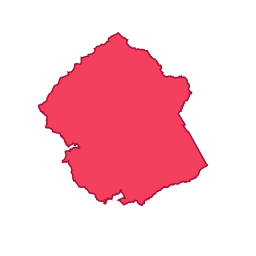 the district of Trancas, Tucumán, Argentina, rotated 45°
{"feature_id": "61730980B98032525509739", "entity_name": "Trancas", "entity_type": "district", "adm_level": 2, "iso_a3": "ARG", "parent_name": "Argentina", "parent_adm1": "Tucumán", "projection": "orthographic", "projection_center": [-65.459, -26.341], "detail": "fine", "context": "isolated", "style": "filled", "palette": "rose", "viewbox_px": 256, "rotation_deg": 45, "n_neighbors": 0, "source": "geoboundaries", "source_scale": "gbopen_adm2", "svg_char_len": 5842}
<svg xmlns="http://www.w3.org/2000/svg" viewBox="0 0 256 256"><g transform="rotate(45 128 128)"><path d="M210.7,111.2L208.8,107.4L208.7,105.5L209.5,101.8L210.5,99.1L210.3,98.1L209.1,98.2L173.3,87.9L172.9,88.5L165.1,87.2L166.2,85.4L153.9,82.4L153.0,80.9L152.8,79.9L153.6,78.7L153.4,78.0L152.1,77.4L152.0,76.5L152.5,75.8L150.9,74.6L150.7,74.2L151.4,73.4L151.3,73.0L150.3,71.7L150.4,70.7L149.5,70.5L149.3,70.1L149.3,68.2L150.3,66.8L150.3,66.1L148.5,61.5L147.2,60.5L147.3,59.9L148.1,59.5L148.4,58.9L148.1,58.1L147.6,57.8L147.2,57.9L145.8,58.9L144.9,58.0L143.9,58.3L143.2,57.7L141.9,55.0L139.8,53.8L139.3,53.9L139.1,54.4L138.9,54.5L136.7,53.2L136.2,52.4L133.4,52.1L132.8,51.8L131.2,52.9L130.9,53.9L130.5,54.2L129.4,53.5L128.9,53.6L129.0,54.5L127.8,55.2L128.1,56.1L127.7,56.4L126.3,59.0L124.7,60.0L123.6,59.8L122.6,61.0L121.5,61.0L121.1,61.9L120.0,62.8L119.5,64.1L117.5,65.4L114.5,65.7L113.6,65.1L113.7,64.2L111.2,64.5L109.3,63.8L109.6,62.4L108.8,61.5L108.1,61.5L107.6,60.7L106.7,60.5L105.7,61.5L104.6,61.8L104.0,61.1L102.1,61.2L101.8,60.6L101.4,60.8L100.7,60.4L98.1,60.3L96.3,61.3L95.3,61.2L94.0,61.8L93.8,61.3L93.2,61.7L92.4,61.2L91.6,61.2L91.5,60.7L90.9,61.0L90.0,60.4L89.1,60.5L87.6,59.7L87.2,59.9L86.8,59.7L86.1,60.7L85.2,61.4L84.2,61.3L83.8,61.9L82.5,62.3L82.3,63.1L79.4,64.9L79.2,65.5L78.6,65.8L78.1,66.9L76.1,66.6L74.7,68.6L73.2,68.7L71.8,69.3L69.3,69.0L67.8,69.3L66.5,68.3L66.2,67.4L65.5,66.9L65.4,66.0L64.1,66.7L62.9,66.6L62.2,66.9L61.7,66.6L61.4,67.2L59.5,67.7L53.7,67.7L53.4,70.1L52.3,72.5L52.0,74.0L51.4,74.8L51.4,76.3L50.9,78.2L51.0,78.6L52.8,80.5L52.0,81.9L52.3,83.1L52.1,86.2L50.2,87.3L50.0,90.4L48.6,91.8L48.4,92.4L48.6,94.5L48.2,95.8L49.4,96.0L50.1,96.8L50.5,98.4L50.3,100.8L50.0,101.6L49.0,102.5L48.0,104.3L48.7,105.0L49.0,105.7L47.3,107.9L46.2,110.6L45.1,111.2L48.4,114.4L49.2,115.8L49.2,116.6L45.8,119.3L45.4,120.3L45.5,120.8L46.0,121.0L48.0,124.6L48.4,127.4L48.0,128.8L47.2,129.8L46.9,130.9L46.3,131.1L48.4,132.1L46.1,138.2L45.1,139.3L44.9,140.3L45.1,141.4L47.7,146.5L46.2,150.0L46.3,151.0L48.5,156.2L48.7,158.1L48.4,160.8L49.2,162.2L49.8,164.2L51.2,166.2L50.8,168.8L50.4,169.6L50.7,171.6L49.6,173.0L48.9,175.3L50.5,176.5L51.1,176.5L51.8,177.0L52.4,177.0L54.4,178.0L54.6,177.6L55.4,177.4L55.7,177.7L56.6,176.9L56.9,177.1L56.7,177.3L56.9,177.5L58.1,177.7L58.6,177.2L59.7,177.6L61.4,177.0L62.9,177.3L64.3,178.5L64.3,179.3L65.0,180.4L66.2,180.5L67.0,181.8L67.5,181.9L68.1,183.6L68.8,184.4L68.8,185.4L70.0,185.6L71.0,184.8L71.5,183.6L72.8,183.6L73.3,183.2L75.4,182.7L76.8,183.1L77.2,183.8L77.6,183.9L78.2,183.1L79.5,182.9L79.8,182.1L81.0,181.9L81.9,181.0L83.5,180.2L84.9,180.1L85.8,180.8L86.6,180.3L87.1,180.7L87.0,181.1L87.7,180.9L87.9,181.2L88.8,180.6L89.5,181.2L91.1,181.0L92.2,181.9L92.7,181.9L92.8,182.4L94.5,182.0L94.9,182.5L94.8,182.8L95.5,182.8L95.7,183.2L96.2,183.2L96.4,183.6L97.3,182.8L98.2,183.2L98.6,183.6L99.1,183.4L99.4,182.4L99.1,181.7L99.3,181.0L100.1,179.1L99.8,177.6L100.0,177.2L101.4,177.2L101.7,177.5L102.1,177.4L102.3,177.9L102.6,177.4L102.0,176.7L102.9,177.1L102.5,176.3L102.9,176.1L102.8,175.7L103.3,175.2L104.5,175.4L104.8,175.1L105.6,175.8L106.2,175.9L106.4,176.3L107.5,175.9L107.5,176.3L106.7,176.6L107.3,177.1L107.2,177.3L105.9,177.7L103.2,180.9L103.2,183.1L102.2,183.4L102.2,184.3L103.2,184.7L103.7,185.4L103.0,185.5L102.7,186.1L101.8,186.4L100.3,188.6L100.4,189.0L101.5,189.8L101.7,190.1L102.8,190.4L104.2,192.0L105.1,194.3L105.3,196.2L104.8,197.2L105.7,198.5L106.3,198.3L106.7,197.2L107.9,196.4L108.8,195.0L109.2,193.6L109.7,194.3L112.8,195.6L113.4,195.8L114.6,195.5L115.5,195.8L118.4,197.8L118.8,198.4L119.0,199.5L122.4,200.1L122.7,200.8L125.1,203.0L126.0,203.0L127.1,203.7L127.4,203.7L127.4,203.1L127.8,202.6L128.3,202.5L130.3,203.4L130.9,203.1L135.1,204.2L135.9,203.2L136.7,203.1L137.6,202.2L138.0,201.3L138.7,200.7L139.3,200.9L140.1,200.4L141.4,200.8L142.4,200.2L143.5,200.6L144.3,200.4L145.5,201.0L146.8,201.0L148.0,200.4L149.8,198.9L152.0,198.3L153.1,198.9L153.5,199.7L154.8,199.7L156.6,200.6L157.2,200.1L158.9,200.1L159.4,199.5L160.6,199.0L160.7,198.5L161.5,198.3L162.4,197.0L163.8,197.4L163.7,197.2L164.3,198.2L165.2,198.0L165.6,197.3L165.0,197.1L165.3,196.9L164.8,196.5L165.0,196.4L164.8,195.8L164.4,195.8L164.7,195.3L164.4,195.0L163.5,195.0L164.0,194.7L163.6,194.4L164.0,194.3L163.8,193.5L164.1,193.2L163.8,192.6L163.4,192.8L163.3,192.4L163.6,191.5L163.9,191.5L164.5,192.0L164.7,191.3L165.9,190.8L166.0,190.2L166.4,190.0L166.1,189.9L166.0,188.9L166.3,188.8L166.1,188.3L164.7,186.7L164.9,185.8L166.3,184.5L166.4,183.9L166.0,182.6L166.3,182.4L166.9,182.6L167.5,182.0L167.9,181.2L167.5,178.4L166.6,177.7L166.5,177.1L167.2,176.7L168.3,178.0L171.6,178.1L175.5,179.7L174.1,180.5L172.1,185.9L173.7,185.2L179.4,185.2L179.2,184.0L180.1,183.4L180.0,182.7L180.6,182.2L181.0,180.1L181.5,179.4L182.3,179.0L182.2,178.6L182.7,177.4L184.0,177.0L184.0,176.5L184.4,176.4L184.1,174.2L185.2,173.9L185.8,172.9L188.2,174.0L189.1,173.4L189.7,173.9L190.2,173.3L190.6,173.6L192.2,173.2L192.4,172.7L192.3,172.0L192.0,172.0L192.8,169.6L192.2,169.3L192.0,168.7L191.2,168.2L191.2,166.8L191.5,165.8L192.0,165.7L191.7,164.0L192.2,163.3L192.8,163.4L192.5,162.9L192.9,162.6L192.7,161.6L193.5,160.3L193.1,159.9L193.1,159.6L193.5,159.4L192.9,158.3L193.2,158.1L193.2,157.6L193.0,156.3L193.4,156.2L193.3,155.7L193.8,155.0L193.2,152.5L194.1,151.5L194.0,150.5L194.8,149.3L195.1,148.1L194.8,146.9L195.2,146.0L195.1,144.1L195.3,143.7L195.7,143.9L196.3,143.5L196.4,142.9L197.2,142.7L198.0,141.7L198.2,140.6L198.0,138.6L198.7,137.8L198.5,137.0L199.0,136.4L199.8,136.6L200.1,135.3L200.4,135.4L200.7,133.8L202.9,132.5L203.8,128.9L203.5,128.2L203.9,127.8L204.4,127.9L205.3,126.4L206.1,126.5L206.6,125.6L207.5,125.3L207.3,124.4L209.1,122.5L209.3,122.1L208.7,121.8L209.2,119.6L209.9,118.2L209.8,117.6L210.8,116.3L210.8,115.3L210.4,115.0L211.1,114.1L210.7,113.5L210.7,111.2Z" fill="#f43f5e" stroke="#9f1239" stroke-width="1.5"/></g></svg>